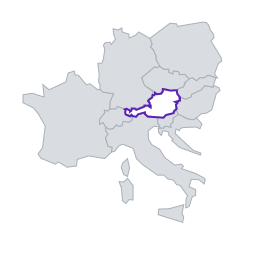 map of Austria with France, Poland, Hungary and 7 others greyed out, rotated 353°
{"feature_id": "AUT", "entity_name": "Austria", "entity_type": "country or territory", "adm_level": 0, "iso_a3": "AUT", "parent_name": "Europe", "parent_adm1": "", "projection": "orthographic", "projection_center": [13.446, 47.7], "detail": "coarse", "context": "with_neighbors", "style": "outline", "palette": "violet", "viewbox_px": 256, "rotation_deg": 353, "n_neighbors": 10, "source": "natural_earth", "source_scale": "50m", "svg_char_len": 5464}
<svg xmlns="http://www.w3.org/2000/svg" viewBox="0 0 256 256"><g transform="rotate(353 128 128)"><path d="M104.7,86.2L107.8,89.4L117.9,92.2L113.7,99.4L112.2,107.1L110.0,108.8L106.7,107.5L106.7,110.3L100.8,116.0L100.2,120.9L103.9,119.5L106.1,124.5L105.5,127.6L107.4,131.8L104.5,134.9L105.8,143.5L110.0,145.3L108.7,149.9L101.1,155.5L85.8,150.9L73.9,153.0L72.2,159.4L62.8,159.5L54.7,153.2L51.5,155.0L37.9,147.5L35.6,142.7L40.8,137.1L46.1,115.9L40.8,103.2L36.7,96.6L26.8,90.1L28.0,82.1L37.4,81.9L48.5,87.1L48.8,74.5L54.3,80.4L71.9,74.8L75.3,66.2L81.6,64.9L82.0,68.9L85.1,69.5L91.9,80.0L95.6,79.5L102.6,86.3L104.7,86.2ZM118.4,162.2L123.8,158.4L124.7,167.8L121.6,176.0L118.0,173.6L116.5,166.2L118.4,162.2Z" fill="#d9dde1" stroke="#a8b0b8" stroke-width="1"/><path d="M220.6,35.9L221.6,40.6L223.9,44.5L224.5,48.8L220.9,51.5L229.2,70.1L228.9,73.2L225.6,74.9L220.5,84.7L222.9,89.4L214.1,85.5L209.2,87.6L205.7,86.8L201.7,89.5L197.8,85.9L195.0,87.6L191.0,81.8L185.7,81.4L184.9,78.1L180.0,77.1L179.1,79.9L175.2,77.8L175.6,74.8L170.4,74.0L167.0,70.6L164.1,63.6L164.5,59.9L162.8,54.1L160.3,50.2L162.1,47.3L160.6,41.7L182.5,29.1L188.9,30.6L189.6,33.2L215.2,32.0L218.6,32.8L220.6,35.9Z" fill="#d9dde1" stroke="#a8b0b8" stroke-width="1"/><path d="M218.7,96.5L223.1,99.0L223.9,101.9L219.8,104.7L213.3,120.3L207.5,122.9L202.7,122.8L194.4,127.9L188.0,126.2L179.7,120.6L178.1,116.9L176.8,116.9L179.0,109.7L177.5,107.4L181.7,107.2L182.0,102.7L188.6,106.4L194.7,104.7L195.1,102.4L205.5,98.9L209.3,95.3L217.3,97.8L218.7,96.5Z" fill="#d9dde1" stroke="#a8b0b8" stroke-width="1"/><path d="M160.6,41.7L162.1,47.3L160.3,50.2L162.8,54.1L164.5,59.9L164.1,63.6L167.0,70.6L164.0,71.8L162.1,70.5L147.8,79.8L149.6,87.7L157.3,95.1L154.7,100.1L152.1,101.5L153.1,108.6L152.4,110.5L150.1,108.2L146.6,107.8L141.3,109.7L134.8,109.0L133.6,111.9L130.0,108.7L127.8,109.2L120.1,105.4L118.4,107.6L112.2,107.1L113.7,99.4L117.9,92.2L107.8,89.4L104.7,86.2L105.5,81.5L104.4,78.9L105.9,71.6L105.9,60.1L110.0,60.5L112.0,56.5L114.6,46.7L113.7,43.0L115.2,40.8L120.6,40.6L121.6,43.1L126.4,38.0L125.2,33.8L125.3,27.7L130.0,29.4L134.1,27.9L134.0,32.1L140.3,34.9L140.1,38.8L146.7,36.9L150.3,34.0L160.6,41.7Z" fill="#d9dde1" stroke="#a8b0b8" stroke-width="1"/><path d="M179.7,120.6L188.0,126.2L194.4,127.9L197.2,126.1L201.9,133.1L199.3,137.5L195.6,135.3L183.6,134.3L180.0,134.7L178.4,137.0L175.6,134.6L174.1,139.2L190.0,158.1L197.3,161.8L196.6,163.7L176.6,153.5L169.8,145.6L171.3,144.8L167.7,140.2L167.5,136.6L162.5,134.9L160.1,139.6L157.8,136.0L158.3,132.0L163.6,132.3L165.0,130.5L170.7,132.4L170.6,129.3L173.2,128.1L173.8,123.7L179.7,120.6Z" fill="#d9dde1" stroke="#a8b0b8" stroke-width="1"/><path d="M127.8,109.2L126.7,113.7L133.7,116.3L133.0,120.8L129.6,122.5L124.1,120.9L122.2,125.2L118.6,125.3L117.4,123.5L112.9,126.9L109.2,127.1L106.1,124.5L103.9,119.5L100.2,120.9L100.8,116.0L106.7,110.3L106.7,107.5L110.0,108.8L112.2,107.1L118.4,107.6L120.1,105.4L127.8,109.2Z" fill="#d9dde1" stroke="#a8b0b8" stroke-width="1"/><path d="M133.7,116.3L138.2,118.1L139.2,116.0L146.6,114.3L148.2,118.1L158.9,121.0L158.1,126.4L160.0,131.0L153.9,129.4L147.6,133.3L147.0,141.8L149.5,147.4L156.8,152.9L160.9,161.9L170.0,170.6L176.4,170.3L178.4,172.7L176.2,174.9L189.9,181.6L197.3,186.8L198.3,188.8L196.9,192.8L192.0,188.0L184.7,186.6L181.4,193.7L187.7,197.5L186.9,203.2L183.4,204.0L179.1,213.4L175.5,214.3L177.1,205.2L178.9,202.8L172.7,191.3L169.2,190.0L166.7,185.3L161.3,183.4L157.7,179.1L151.6,178.4L138.0,166.1L132.7,159.6L130.6,148.8L120.6,143.4L116.9,144.6L112.0,149.4L108.7,149.9L110.0,145.3L105.8,143.5L104.5,134.9L107.4,131.8L105.5,127.6L106.1,124.5L109.2,127.1L112.9,126.9L117.4,123.5L118.6,125.3L122.2,125.2L124.1,120.9L129.6,122.5L133.0,120.8L133.7,116.3ZM158.7,213.2L174.0,210.9L171.1,219.5L172.5,222.8L170.7,228.3L147.4,217.7L148.7,212.2L158.7,213.2ZM117.1,181.0L121.4,177.9L126.0,185.8L124.2,200.1L120.4,199.2L116.7,202.6L113.7,199.6L114.1,186.5L112.6,180.2L117.1,181.0Z" fill="#d9dde1" stroke="#a8b0b8" stroke-width="1"/><path d="M158.9,121.0L165.2,121.8L168.9,119.2L175.5,118.8L176.8,116.9L178.1,116.9L179.7,120.6L173.8,123.7L173.2,128.1L170.6,129.3L170.7,132.4L165.0,130.5L163.6,132.3L158.3,132.0L160.0,131.0L158.1,126.4L158.9,121.0Z" fill="#d9dde1" stroke="#a8b0b8" stroke-width="1"/><path d="M221.3,88.9L217.3,97.8L209.3,95.3L205.5,98.9L195.1,102.4L194.7,104.7L188.6,106.4L182.0,102.7L181.1,99.0L182.5,95.1L188.1,93.9L192.5,87.1L197.8,85.9L201.7,89.5L205.7,86.8L209.2,87.6L214.1,85.5L221.3,88.9Z" fill="#d9dde1" stroke="#a8b0b8" stroke-width="1"/><path d="M167.0,70.6L170.4,74.0L175.6,74.8L175.2,77.8L179.1,79.9L180.0,77.1L184.9,78.1L185.7,81.4L191.0,81.8L194.6,86.9L189.9,89.7L188.1,93.9L182.5,95.1L181.6,97.5L178.2,95.6L174.9,96.3L169.2,93.1L162.7,98.5L149.6,87.7L147.8,79.8L162.1,70.5L164.0,71.8L167.0,70.6Z" fill="#d9dde1" stroke="#a8b0b8" stroke-width="1"/><path d="M127.1,111.9L128.0,109.8L127.2,109.1L128.9,108.7L132.2,111.1L132.0,112.0L133.4,111.1L134.0,109.1L137.2,109.6L138.4,111.0L146.9,108.8L147.1,107.7L150.6,108.3L153.0,110.4L153.3,108.4L152.2,107.7L152.6,105.8L151.2,103.8L151.6,102.9L155.7,100.7L156.5,98.3L158.2,98.7L158.9,96.3L160.6,98.0L165.2,98.0L166.9,96.1L167.3,93.6L175.0,96.1L181.0,96.4L181.0,99.9L183.3,103.9L182.9,107.2L178.1,107.8L180.1,109.2L178.4,110.8L178.7,114.9L175.6,117.0L175.1,118.8L167.1,119.8L164.5,122.1L148.9,119.1L146.5,116.2L146.7,114.6L139.8,115.6L137.3,117.8L133.8,116.7L133.1,115.3L131.4,116.7L127.4,114.3L127.1,111.9Z" fill="none" stroke="#5b21b6" stroke-width="2"/></g></svg>